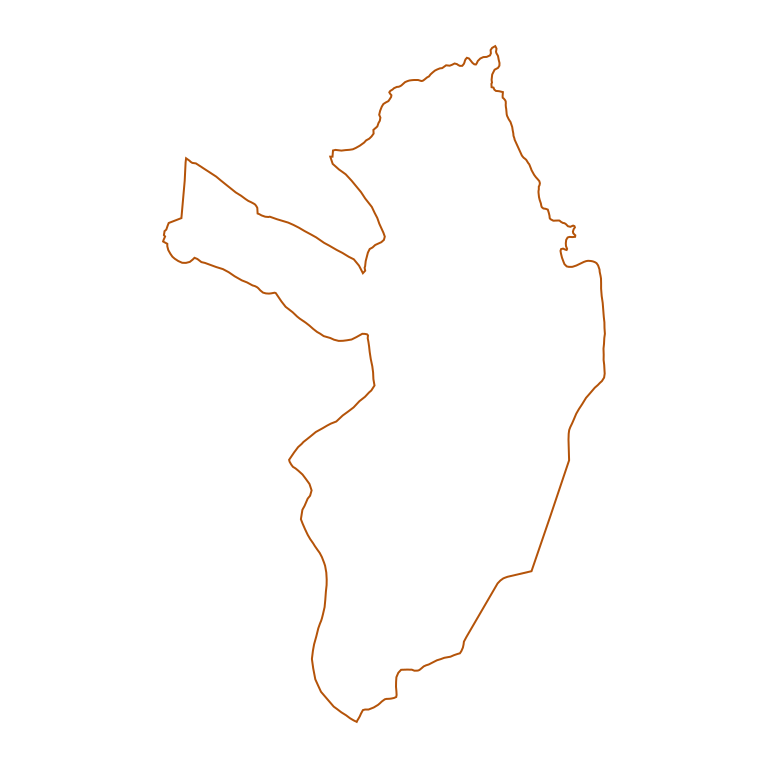 outline of Chol Kiri, Kâmpóng Chhnang, Cambodia
{"feature_id": "14789045B95522882738357", "entity_name": "Chol Kiri", "entity_type": "district", "adm_level": 2, "iso_a3": "KHM", "parent_name": "Cambodia", "parent_adm1": "Kâmpóng Chhnang", "projection": "mercator", "projection_center": [104.817, 12.155], "detail": "fine", "context": "isolated", "style": "outline", "palette": "amber", "viewbox_px": 768, "rotation_deg": 0, "n_neighbors": 0, "source": "geoboundaries", "source_scale": "gbopen_adm2", "svg_char_len": 6045}
<svg xmlns="http://www.w3.org/2000/svg" viewBox="0 0 768 768"><path d="M538.5,191.1L538.8,189.4L538.8,186.6L539.5,185.3L539.9,183.2L539.3,181.1L537.5,179.0L535.8,177.1L534.1,174.8L531.5,170.1L531.1,168.9L529.2,164.2L528.3,163.2L527.5,161.9L526.2,159.8L524.7,158.5L523.7,157.8L522.5,156.4L521.8,155.4L514.6,139.6L514.4,138.4L513.5,135.8L513.3,133.4L512.7,130.3L512.2,127.0L510.5,122.0L508.8,119.4L507.1,115.9L506.7,114.3L506.2,108.8L505.9,107.2L505.7,104.9L505.8,103.4L505.7,101.4L505.2,100.3L503.8,98.6L502.7,97.7L502.6,96.2L502.9,92.1L499.1,91.2L495.9,90.9L494.3,89.6L493.5,87.6L491.6,87.2L491.4,83.8L492.0,82.6L491.8,81.4L491.6,79.8L492.2,74.5L494.6,69.7L498.0,67.9L499.4,65.7L499.5,63.0L498.7,59.8L498.0,56.0L497.3,54.7L496.5,53.4L496.0,51.8L496.5,48.7L496.0,47.5L495.2,46.1L492.1,47.9L490.6,50.1L490.9,53.3L490.0,55.4L486.7,56.9L483.3,57.1L480.3,58.5L477.8,61.0L476.7,63.4L475.9,64.5L474.3,64.3L472.5,62.9L469.0,58.5L466.9,57.8L465.5,59.4L464.8,61.1L464.5,62.3L463.9,63.8L462.3,65.8L460.0,65.9L458.5,65.2L456.9,64.1L454.6,63.5L452.0,64.8L449.7,65.7L446.1,65.3L442.2,68.1L439.8,68.4L437.1,69.5L434.9,70.6L432.6,72.5L430.5,74.4L429.0,76.4L427.1,77.4L424.3,79.7L422.7,80.8L421.3,81.0L418.1,80.0L416.6,80.0L414.0,80.0L411.6,80.2L409.4,80.5L407.5,81.1L405.1,82.1L401.3,85.5L399.7,86.4L398.5,86.8L396.9,86.9L394.0,88.2L392.6,89.5L390.3,90.9L389.3,92.3L390.0,93.6L391.4,95.2L391.1,97.0L389.5,99.5L388.4,101.1L385.9,102.4L383.4,104.0L381.8,106.6L380.1,110.9L379.2,114.8L380.4,117.6L379.8,120.8L378.5,123.0L377.3,126.5L373.4,129.9L373.6,133.6L371.5,136.5L369.2,138.7L366.1,140.4L364.1,142.6L359.8,145.7L355.7,148.0L352.8,149.3L349.5,149.8L345.6,150.1L341.4,150.6L335.5,149.9L333.0,150.5L332.5,156.7L330.3,156.7L332.7,163.9L339.0,169.5L345.7,174.3L351.6,180.7L361.0,192.1L365.2,198.5L371.8,206.9L374.6,212.8L377.3,218.0L379.3,223.7L383.4,232.7L384.8,236.6L383.9,239.9L381.3,242.2L378.0,243.7L375.2,245.0L372.5,247.5L369.7,249.0L367.9,252.6L365.7,261.1L365.1,266.4L364.6,267.7L365.2,270.7L362.9,273.2L359.0,265.6L353.8,259.3L348.8,256.8L342.4,252.9L336.6,249.9L329.2,245.6L324.0,242.8L316.2,237.4L311.2,234.6L304.5,231.0L298.9,227.7L293.4,224.9L288.2,222.6L276.9,219.2L269.8,216.7L268.4,217.0L265.2,216.7L261.5,215.4L259.4,214.2L257.6,213.5L257.3,207.9L256.5,206.4L255.2,204.6L253.9,203.7L251.1,202.2L248.3,200.9L245.6,199.1L241.3,195.9L235.7,192.4L221.1,180.7L216.2,176.6L195.9,163.4L192.3,162.9L190.6,161.8L189.5,160.7L186.1,158.3L185.6,162.4L184.7,180.8L181.4,218.1L168.7,223.0L167.6,225.8L166.3,229.6L164.5,231.2L164.3,232.9L163.9,235.1L165.1,236.5L163.7,239.6L163.1,241.5L166.2,243.2L167.3,243.8L167.3,246.3L168.3,250.1L170.4,253.8L172.4,256.7L174.7,258.7L178.2,261.0L182.2,262.8L185.9,262.9L189.8,261.9L192.7,259.6L194.5,257.8L197.4,259.0L201.4,262.1L204.9,262.9L216.1,267.0L222.9,269.1L228.7,272.2L234.7,276.3L241.9,280.4L247.0,282.4L252.5,285.4L254.9,286.1L256.9,287.1L258.3,288.2L260.3,290.4L263.0,292.6L265.9,293.4L268.9,293.6L270.9,293.4L274.7,292.7L275.8,293.1L281.4,301.4L285.6,306.8L292.6,312.2L297.1,316.5L299.7,318.6L305.6,322.6L309.2,325.4L313.3,329.0L317.0,331.9L320.0,333.6L323.7,336.1L330.3,338.0L334.0,339.7L338.7,340.9L342.9,340.8L346.8,340.3L351.6,339.5L356.4,337.1L362.3,333.8L364.8,333.9L367.0,334.3L368.0,335.4L367.7,338.2L368.4,341.7L369.1,346.5L369.7,352.0L370.8,359.2L372.3,366.3L373.1,372.5L373.4,379.1L374.5,385.5L371.3,390.5L369.1,392.4L365.0,396.8L359.4,401.2L353.6,407.4L348.2,411.5L342.7,415.5L336.3,421.5L330.9,423.6L327.1,425.6L322.7,428.2L315.8,432.0L309.6,437.1L303.4,442.0L301.7,443.9L298.1,447.1L294.2,452.3L289.1,459.8L289.6,461.7L291.2,464.5L292.9,466.8L295.5,468.4L298.2,470.6L302.5,474.5L305.6,478.6L309.5,484.0L311.6,490.4L310.1,495.7L307.7,498.6L304.6,505.8L302.4,509.8L300.9,519.2L302.6,523.6L305.0,529.1L307.7,534.8L310.2,539.1L313.2,543.4L314.8,546.0L317.3,549.6L319.7,552.9L321.9,557.1L324.1,562.8L325.1,565.8L326.3,572.6L326.7,579.5L326.6,585.1L325.9,591.6L325.3,599.8L324.6,607.1L322.9,614.5L321.9,618.4L321.1,620.9L320.0,623.5L318.3,628.3L316.3,636.4L314.1,644.3L312.9,650.9L311.9,659.0L313.2,668.3L315.3,679.3L318.0,685.3L321.0,691.8L333.7,706.6L337.0,709.0L341.3,712.3L346.1,715.3L350.1,718.3L353.5,720.3L356.7,721.9L357.6,720.0L358.4,718.8L359.8,716.3L361.0,713.6L362.9,710.1L365.2,709.5L368.6,709.5L373.7,707.5L378.0,704.9L379.8,703.4L381.8,701.5L384.8,699.3L386.5,698.9L389.1,698.8L391.0,698.6L393.9,698.0L396.2,697.0L396.6,695.0L396.4,691.2L396.0,686.7L396.1,681.7L396.4,677.2L398.3,672.8L401.1,669.8L407.2,669.6L411.9,669.7L414.4,670.7L417.8,670.6L419.4,670.0L421.5,668.3L423.7,666.4L426.1,665.3L428.7,664.5L431.6,663.0L436.9,660.3L440.8,659.1L444.3,657.8L450.5,656.7L453.9,655.2L457.4,654.0L459.9,653.3L461.3,651.2L462.9,647.6L463.6,644.3L463.9,641.7L466.4,637.0L497.6,583.4L500.4,580.5L503.3,578.4L505.0,577.7L507.5,576.8L531.5,571.2L550.4,516.0L569.1,460.3L568.5,439.7L568.7,433.7L569.2,430.0L570.3,427.1L572.1,423.4L574.1,418.8L576.2,413.8L578.9,409.1L582.2,404.1L586.0,397.9L590.1,393.2L594.8,387.7L597.9,385.0L600.0,382.8L601.9,381.1L604.1,377.6L604.7,373.6L604.5,370.4L604.2,365.0L603.6,359.9L603.7,354.8L603.5,348.7L604.0,343.9L604.3,338.0L604.9,333.8L604.5,328.1L604.4,322.3L603.8,317.0L602.7,302.9L601.7,296.1L601.1,288.7L601.1,283.1L601.0,278.6L600.5,275.6L599.7,271.9L599.5,269.5L598.1,265.4L596.5,263.1L594.8,262.1L592.9,261.4L590.9,261.0L588.1,260.8L586.2,261.1L583.9,261.9L579.1,264.2L576.4,265.5L572.5,266.8L570.9,266.9L569.0,266.9L566.7,266.4L564.5,264.2L563.7,262.3L562.0,257.7L561.0,253.7L560.5,250.9L561.1,249.1L563.1,248.6L565.2,249.6L566.6,250.0L567.1,248.9L566.0,246.1L565.8,243.3L566.2,239.9L567.6,237.5L569.4,236.9L572.5,237.1L575.1,236.8L575.3,235.3L574.4,234.5L573.3,233.3L572.9,231.7L573.7,229.1L574.9,227.4L574.4,226.1L573.1,225.6L570.3,226.8L567.9,226.2L566.0,224.2L564.5,223.2L562.8,222.9L560.9,221.8L559.5,220.6L558.3,220.5L553.3,220.7L550.5,219.2L549.7,218.1L549.5,215.8L548.9,213.2L547.8,209.6L545.6,208.8L543.4,208.5L541.8,207.2L541.3,205.8L540.9,203.5L539.7,200.0L539.0,197.1L538.5,192.5L538.5,191.1Z" fill="none" stroke="#b45309" stroke-width="2"/></svg>